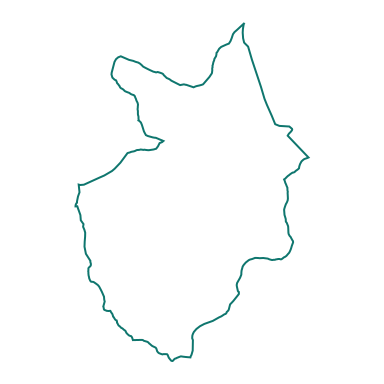 outline of Borsec, Harghita, Romania
{"feature_id": "2599482B55641005837941", "entity_name": "Borsec", "entity_type": "district", "adm_level": 2, "iso_a3": "ROU", "parent_name": "Romania", "parent_adm1": "Harghita", "projection": "albers", "projection_center": [25.544, 46.966], "detail": "fine", "context": "isolated", "style": "outline", "palette": "teal", "viewbox_px": 384, "rotation_deg": 0, "n_neighbors": 0, "source": "geoboundaries", "source_scale": "gbopen_adm2", "svg_char_len": 5956}
<svg xmlns="http://www.w3.org/2000/svg" viewBox="0 0 384 384"><path d="M190.4,357.4L190.6,356.5L191.5,354.8L192.7,350.6L192.9,340.1L192.2,338.2L192.3,336.3L192.4,335.4L193.0,333.7L193.9,331.9L196.4,329.0L200.0,326.2L204.4,323.9L212.8,320.9L219.0,317.4L221.4,316.3L224.4,314.3L225.6,313.9L226.3,313.2L226.7,312.1L227.2,311.6L227.7,311.1L228.3,310.5L228.8,309.5L230.1,304.4L232.1,302.3L233.3,301.0L236.9,296.5L238.8,294.1L238.9,293.6L238.8,292.5L238.9,292.2L238.8,291.9L238.2,291.5L238.0,291.2L237.8,290.8L237.7,290.2L236.9,286.6L236.7,285.0L237.1,283.0L240.1,277.7L241.3,274.7L241.4,272.2L241.6,270.4L242.3,268.0L242.7,266.5L243.8,264.8L245.8,262.5L248.7,260.2L249.9,259.6L252.2,259.0L255.1,257.9L258.1,258.0L258.8,258.1L259.7,258.2L263.2,258.0L267.8,258.6L269.3,259.3L271.1,259.8L271.9,260.0L272.5,260.0L273.7,259.8L274.9,259.8L276.2,259.3L276.8,259.3L278.2,259.0L278.8,259.0L279.6,259.0L280.5,259.3L281.2,259.3L281.5,259.2L282.4,258.6L284.0,257.3L284.8,257.0L285.7,256.4L286.4,255.9L288.1,253.9L289.2,252.7L290.1,250.9L290.8,249.2L291.3,247.7L291.8,245.9L292.4,244.3L292.7,243.4L292.9,243.0L293.1,242.3L293.0,241.2L292.3,240.1L291.7,239.0L291.1,237.9L290.6,236.9L289.9,236.2L289.4,235.5L288.6,233.9L288.4,232.4L288.3,229.4L288.2,227.2L288.1,226.2L287.5,224.7L287.1,223.7L286.7,222.7L285.9,221.7L285.8,221.1L285.8,220.0L285.7,218.9L285.0,216.5L284.5,214.9L284.3,212.2L284.1,209.8L284.4,208.5L284.9,206.9L285.5,205.2L285.9,204.1L286.6,202.9L287.0,202.1L287.7,200.3L287.9,198.4L287.7,194.2L287.6,192.9L287.8,191.8L287.5,190.6L287.4,189.0L287.4,187.7L286.8,186.4L286.0,184.3L285.3,182.8L284.8,181.1L284.4,180.1L284.1,179.4L285.4,178.5L286.0,177.8L286.6,177.2L287.2,176.6L288.1,175.8L289.0,175.2L289.7,174.6L290.6,173.9L291.8,173.1L292.6,172.6L293.1,172.6L293.8,172.4L294.5,172.1L295.3,171.3L296.1,170.6L297.3,169.8L298.3,169.0L299.0,168.3L299.1,167.7L299.2,166.8L299.6,165.4L300.1,164.0L300.7,162.9L301.2,161.9L301.7,161.2L302.8,160.2L303.5,159.6L304.4,159.0L307.4,158.0L308.5,157.5L287.7,135.7L288.5,134.3L289.0,133.6L289.8,132.8L290.7,131.9L291.9,130.4L292.2,129.5L292.0,128.8L289.3,126.5L279.4,125.9L275.2,124.2L271.9,116.1L266.9,104.8L264.5,98.8L261.0,87.0L251.9,59.6L248.1,46.6L245.9,44.4L244.5,43.0L244.1,42.5L243.1,38.2L242.7,32.7L242.9,29.1L243.7,24.2L244.5,23.0L236.8,30.1L234.5,32.1L233.0,34.2L231.7,38.1L230.5,41.1L228.9,43.6L226.5,44.5L221.2,46.9L219.2,48.7L217.1,52.3L216.6,52.7L216.5,53.1L216.4,54.6L216.0,56.3L214.4,58.9L214.1,60.5L213.5,61.8L213.1,63.4L213.0,64.1L212.8,64.9L212.5,65.6L212.5,66.4L212.6,67.1L212.3,67.9L212.2,68.9L212.3,70.1L212.0,72.7L211.8,73.4L209.4,77.0L203.1,84.3L201.8,84.8L199.3,85.5L197.9,85.8L196.5,86.1L195.1,86.6L193.6,87.3L186.2,84.8L185.6,84.8L184.7,84.5L183.6,84.4L180.1,85.1L171.2,80.6L170.8,80.2L169.4,79.2L167.9,78.5L166.7,78.0L164.7,76.0L163.9,75.3L163.2,74.2L162.4,73.6L161.9,73.4L160.6,72.9L158.0,72.1L157.7,72.0L156.1,72.4L154.4,71.9L153.4,71.7L149.5,69.9L146.9,68.6L146.1,68.2L144.2,67.2L143.0,66.5L141.9,65.3L140.1,63.7L138.3,62.6L135.5,61.8L133.3,60.9L129.1,59.9L120.8,56.3L118.2,57.3L116.0,59.2L114.5,61.9L111.7,72.6L111.5,74.5L112.4,77.6L114.6,79.7L116.1,80.4L116.5,81.4L116.8,82.1L117.0,82.9L117.4,83.5L118.1,84.1L118.8,85.2L119.3,85.6L119.3,85.8L119.8,86.7L120.2,87.5L121.1,88.3L121.8,88.6L122.7,89.1L123.6,89.8L124.6,90.9L125.4,91.4L126.4,91.8L127.1,92.1L127.9,92.4L128.8,92.7L129.8,93.2L130.4,93.8L131.4,94.3L132.4,94.7L133.1,94.9L133.7,95.0L134.2,95.6L134.8,96.1L135.2,97.3L135.4,97.8L135.9,98.8L136.2,99.8L136.4,100.5L136.8,101.3L137.2,102.0L137.6,102.9L137.8,103.8L138.0,104.7L137.9,105.5L137.8,106.4L137.8,107.3L137.7,108.2L137.6,109.1L137.7,110.1L137.9,110.8L137.9,111.5L137.9,112.8L137.9,113.9L138.0,114.9L138.4,116.2L138.5,117.1L138.5,117.5L138.5,118.7L138.7,119.7L138.4,120.4L139.0,120.7L139.8,121.4L140.9,122.5L141.9,124.9L143.2,129.0L143.9,131.3L144.7,132.9L145.9,135.1L147.8,136.0L152.8,137.4L154.5,137.7L155.8,137.8L163.4,141.0L162.1,142.1L159.6,143.1L158.0,146.3L156.2,148.7L153.5,149.5L148.8,150.2L147.1,150.1L144.2,149.7L143.5,149.9L140.7,149.5L139.6,149.8L138.1,150.0L137.1,150.0L136.1,150.4L134.7,151.1L133.6,151.4L131.9,151.7L130.8,152.0L129.7,152.5L128.4,152.8L127.5,153.1L120.4,162.7L114.7,168.7L112.0,171.0L104.3,175.5L99.5,177.6L83.9,184.7L80.1,185.0L78.7,184.6L79.5,192.3L78.0,196.5L77.3,199.9L77.0,201.5L77.0,202.7L76.3,203.4L75.8,204.5L75.5,205.9L75.5,206.4L77.3,206.3L78.1,208.7L78.7,210.3L80.4,215.1L80.8,220.3L83.5,224.1L83.1,226.8L84.4,229.8L85.2,232.7L85.1,236.7L84.7,241.6L84.5,246.7L85.9,253.8L90.4,260.9L90.3,261.9L90.8,263.4L90.9,264.3L90.8,265.3L90.4,266.1L89.7,266.8L89.0,267.4L88.6,267.9L88.4,268.4L88.4,270.4L88.2,271.2L88.4,271.9L88.4,273.5L88.6,275.5L89.0,277.0L89.2,278.3L90.2,280.7L91.1,281.7L93.2,281.9L93.9,282.2L96.2,283.8L97.8,285.0L99.1,286.5L100.7,289.5L101.9,291.9L104.0,296.7L104.2,299.4L104.4,300.4L104.7,301.5L104.3,302.9L103.3,306.5L103.5,306.7L103.6,307.7L103.8,308.3L103.9,309.2L104.1,309.6L104.5,309.9L105.4,310.3L105.8,310.4L106.6,310.8L108.3,311.0L108.7,311.0L109.4,310.9L109.8,310.9L110.2,310.8L110.4,310.9L110.5,311.3L111.0,312.1L112.4,314.1L113.1,316.3L113.1,316.6L113.6,317.0L114.6,318.7L115.2,319.6L115.9,320.2L116.7,320.5L116.7,320.9L116.8,321.1L117.0,321.6L117.0,322.7L117.5,323.3L118.0,324.5L118.7,325.6L119.6,326.2L121.4,328.0L122.3,328.3L123.2,329.1L123.7,329.6L125.0,330.5L125.4,330.8L126.4,332.9L127.7,334.3L129.1,335.5L130.4,336.0L131.2,336.2L131.8,337.0L132.3,338.1L132.5,338.8L132.9,340.1L142.0,339.9L142.9,340.1L143.9,340.8L147.3,341.8L148.0,342.2L148.5,342.6L149.0,343.3L149.7,343.8L150.7,344.7L152.1,345.9L152.5,346.1L155.6,347.6L156.3,348.5L157.2,351.3L157.9,352.2L158.6,352.9L159.3,353.3L161.2,354.0L162.4,354.4L163.5,354.1L164.8,354.1L167.0,354.2L167.6,354.8L168.8,357.7L169.4,358.5L171.1,360.6L171.7,360.9L172.5,361.0L173.2,360.5L173.9,359.6L174.5,359.0L175.1,358.6L176.0,358.4L176.6,358.0L178.6,357.2L180.7,356.4L181.2,356.4L183.2,356.7L185.8,357.0L190.4,357.4Z" fill="none" stroke="#0f766e" stroke-width="2"/></svg>